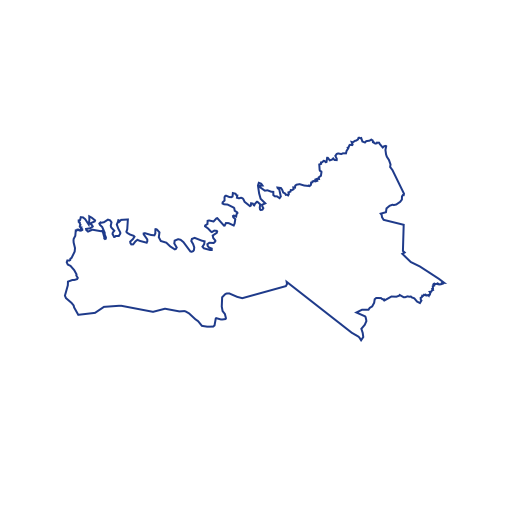 the district of Chingola, Copperbelt, Zambia, rotated 317°
{"feature_id": "96606910B88567375078856", "entity_name": "Chingola", "entity_type": "district", "adm_level": 2, "iso_a3": "ZMB", "parent_name": "Zambia", "parent_adm1": "Copperbelt", "projection": "equal_earth", "projection_center": [27.798, -12.504], "detail": "fine", "context": "isolated", "style": "outline", "palette": "blue", "viewbox_px": 512, "rotation_deg": 317, "n_neighbors": 0, "source": "geoboundaries", "source_scale": "gbopen_adm2", "svg_char_len": 6158}
<svg xmlns="http://www.w3.org/2000/svg" viewBox="0 0 512 512"><g transform="rotate(317 256 256)"><path d="M180.2,135.3L179.1,136.5L175.7,138.0L174.0,141.9L172.8,146.2L172.0,147.1L169.3,147.8L167.0,145.7L165.7,145.7L165.2,145.3L166.1,142.0L167.3,141.2L169.6,140.9L169.6,136.3L170.4,134.8L173.3,132.8L173.6,130.4L172.5,128.4L167.8,127.6L165.3,126.0L165.2,125.4L163.6,125.4L163.1,126.8L163.3,129.9L161.2,135.8L160.0,137.1L158.9,140.1L157.9,140.9L157.1,140.6L157.0,139.7L157.8,138.9L160.1,134.5L160.4,132.6L159.4,132.0L154.3,125.2L149.8,123.6L149.6,121.2L150.2,120.3L153.7,122.7L156.7,123.1L157.1,121.9L156.8,119.0L161.6,120.7L162.6,120.2L162.0,116.0L161.1,113.3L158.7,116.0L155.1,118.9L156.2,112.6L155.8,109.8L154.3,108.1L151.9,109.7L150.6,109.0L149.6,110.2L150.0,111.3L149.2,112.1L148.9,113.5L147.4,114.0L147.1,115.0L147.8,116.0L146.8,116.5L147.2,117.9L146.7,118.5L145.4,118.1L145.1,117.0L144.5,117.2L144.0,115.4L143.4,115.6L143.0,114.8L142.0,115.0L141.6,114.4L137.6,118.0L134.4,119.1L133.2,120.1L131.8,121.8L129.0,126.8L126.4,129.1L119.8,131.6L118.4,131.4L117.4,132.2L116.3,132.0L115.0,130.6L113.3,131.5L112.5,133.9L113.6,136.7L113.4,142.4L112.2,147.0L111.3,147.7L110.7,150.5L109.4,150.9L106.9,149.7L105.3,148.3L101.0,146.5L98.4,149.1L89.2,154.7L88.3,157.2L89.1,164.5L88.9,167.8L87.9,169.6L85.9,177.8L99.5,187.8L110.1,189.5L121.5,198.7L123.5,200.5L142.6,226.6L153.5,232.5L162.2,244.3L166.0,247.4L166.7,248.5L167.9,252.3L168.5,260.8L169.2,264.2L168.8,270.2L172.1,274.4L176.5,278.4L178.3,278.5L183.9,274.3L184.5,274.3L187.0,278.4L188.4,279.7L190.7,281.3L191.6,281.0L193.7,277.2L194.0,273.5L196.5,269.6L203.1,263.1L207.3,262.9L208.8,263.3L210.9,265.1L214.4,273.1L217.2,277.5L257.3,298.4L259.5,297.7L260.8,295.8L273.7,377.5L275.9,384.7L276.0,386.1L275.4,389.3L279.2,388.4L281.6,385.0L283.4,381.1L288.6,380.5L292.3,378.9L292.9,378.1L294.5,375.4L294.6,374.5L290.9,365.8L296.9,367.6L301.6,372.0L303.8,371.5L306.6,372.1L310.5,370.8L313.3,368.6L315.3,368.7L318.7,372.0L318.9,373.6L319.4,374.0L319.4,375.7L320.1,375.6L320.0,376.2L327.4,378.0L330.9,381.5L333.7,382.7L334.5,382.5L335.9,386.9L337.0,387.9L339.2,388.8L340.6,390.6L341.6,391.2L341.7,392.5L342.9,394.9L342.7,399.2L343.8,402.2L346.6,401.4L346.7,400.3L347.9,398.9L349.2,399.2L350.5,398.4L351.0,399.1L352.5,398.9L353.0,400.1L353.7,400.0L354.0,401.5L355.3,401.9L355.3,402.7L355.7,402.4L356.3,403.6L356.2,403.2L358.4,401.8L358.6,400.7L359.9,401.6L361.5,401.1L362.2,401.5L362.5,400.3L363.2,400.6L364.6,398.7L365.9,399.1L366.1,397.9L366.8,397.6L367.6,397.8L367.8,398.9L368.9,399.3L369.9,400.8L370.3,400.4L370.9,402.1L372.0,402.8L373.2,402.5L373.6,403.0L373.3,403.4L374.2,403.8L374.8,403.4L375.3,403.9L374.2,397.5L368.7,375.4L365.1,366.0L364.5,354.2L367.1,354.8L366.9,352.5L385.3,333.9L374.0,316.6L374.6,313.6L375.9,311.7L376.1,310.1L380.9,312.6L383.9,310.2L388.0,310.4L390.8,311.6L391.5,312.7L393.7,314.0L398.4,314.7L401.2,314.2L403.4,312.0L405.0,311.6L405.5,312.2L406.7,311.4L414.4,286.2L414.8,282.4L416.8,280.8L418.7,276.5L419.4,272.6L420.4,270.4L423.0,266.7L426.1,264.5L426.0,264.0L424.6,263.1L422.7,263.1L422.9,258.4L423.3,257.1L421.8,255.6L421.1,255.9L419.9,255.1L419.4,253.4L419.7,252.8L419.2,252.4L420.1,251.1L419.7,249.5L417.7,249.1L415.0,247.2L413.1,247.3L411.9,244.8L413.4,241.5L412.7,241.2L412.2,239.9L411.6,239.5L410.0,240.3L407.9,239.9L407.0,239.3L404.4,238.9L403.7,237.8L402.6,240.4L402.0,240.5L400.6,238.8L399.9,238.7L397.7,239.7L397.0,239.4L396.8,240.2L393.9,240.9L391.8,242.3L389.6,240.2L387.9,239.6L386.0,237.0L384.6,236.4L382.3,236.9L381.3,240.1L380.4,240.9L378.9,239.3L379.0,237.3L377.5,237.4L375.2,236.4L375.5,233.2L375.0,232.7L371.7,235.3L371.0,235.0L370.9,233.2L370.4,232.5L368.4,232.6L367.3,231.9L366.4,233.0L364.7,232.2L361.2,236.5L360.9,237.6L361.4,238.7L361.2,239.2L358.2,241.6L355.4,241.3L354.6,242.6L353.3,241.2L351.7,240.6L351.6,241.4L352.3,242.3L352.1,242.8L350.2,241.9L349.5,240.6L348.2,240.0L347.5,240.6L346.4,239.9L344.7,241.4L342.9,241.4L342.7,240.5L342.1,240.5L339.3,237.3L336.9,233.2L334.3,231.5L332.7,231.3L331.2,232.6L330.1,231.3L329.0,232.8L327.1,232.3L326.4,231.5L325.1,232.4L323.1,231.6L322.3,233.1L320.8,233.6L320.4,232.2L319.5,231.6L319.9,230.1L319.2,228.1L320.3,225.4L320.6,223.3L318.4,220.6L318.1,221.2L318.4,223.2L314.7,229.4L312.7,229.8L312.0,226.7L310.5,225.2L310.2,223.3L312.4,220.9L311.0,219.4L309.2,215.8L307.0,214.2L305.8,208.2L306.0,207.5L306.7,207.2L308.8,208.9L309.1,206.7L308.0,204.4L305.5,205.8L301.0,212.3L298.4,217.3L298.7,223.8L295.5,222.7L294.5,223.8L294.0,226.0L292.3,226.5L290.8,225.6L290.7,224.7L291.8,223.1L294.3,221.1L294.0,217.3L293.6,216.9L290.5,217.2L289.2,217.8L289.0,217.4L289.4,215.5L288.4,214.1L286.6,215.6L285.6,215.4L284.6,208.6L285.5,205.8L285.5,204.6L284.8,203.2L282.9,202.2L281.8,200.4L283.6,199.0L283.1,198.3L283.5,196.5L282.0,194.2L279.4,196.5L278.1,196.2L276.7,194.7L275.2,191.4L274.5,191.1L273.1,191.5L270.8,194.0L268.2,194.0L267.3,194.8L267.9,196.4L270.3,199.0L272.7,205.4L272.7,206.2L271.3,208.4L272.0,211.1L271.8,211.9L270.2,212.2L268.4,213.6L267.4,211.3L266.4,211.1L265.8,212.2L266.0,214.9L262.6,217.6L260.5,218.5L258.4,213.3L256.5,211.4L253.8,212.4L253.3,212.0L253.5,201.9L252.7,201.5L248.5,201.8L245.9,198.0L244.6,197.3L242.3,199.5L239.6,199.0L239.0,199.5L239.7,203.2L239.7,207.5L240.0,208.4L242.8,209.0L244.4,210.8L244.4,211.5L243.1,212.3L238.3,211.5L237.0,213.7L236.8,217.0L236.1,217.6L233.9,217.6L230.9,214.5L228.5,214.2L227.5,215.7L227.4,217.6L228.7,220.4L227.7,221.4L226.5,220.3L223.1,214.8L223.2,212.7L226.2,212.0L228.4,210.2L226.8,207.8L223.5,200.9L220.8,199.8L218.9,200.9L218.1,204.5L216.7,207.6L214.7,209.3L213.4,209.6L211.8,209.0L211.1,207.9L212.4,196.3L211.9,192.7L210.5,190.6L207.0,189.3L204.8,191.1L203.8,195.7L202.1,196.2L201.1,195.7L199.8,190.5L199.5,185.1L196.6,180.1L197.7,176.0L201.5,172.9L201.6,169.2L201.1,168.0L200.7,167.8L197.8,170.8L195.8,171.6L193.6,169.1L190.3,163.5L189.2,162.9L188.6,163.6L187.8,169.7L186.7,171.0L185.1,171.7L181.4,165.8L180.3,163.3L177.8,163.1L174.1,163.7L172.7,162.5L173.0,160.8L173.8,159.7L177.5,159.7L180.3,159.0L180.3,157.8L178.5,154.4L177.6,151.3L177.7,149.9L180.1,148.6L187.2,141.9L182.0,137.6L179.3,137.7L180.2,135.3Z" fill="none" stroke="#1e3a8a" stroke-width="2"/></g></svg>